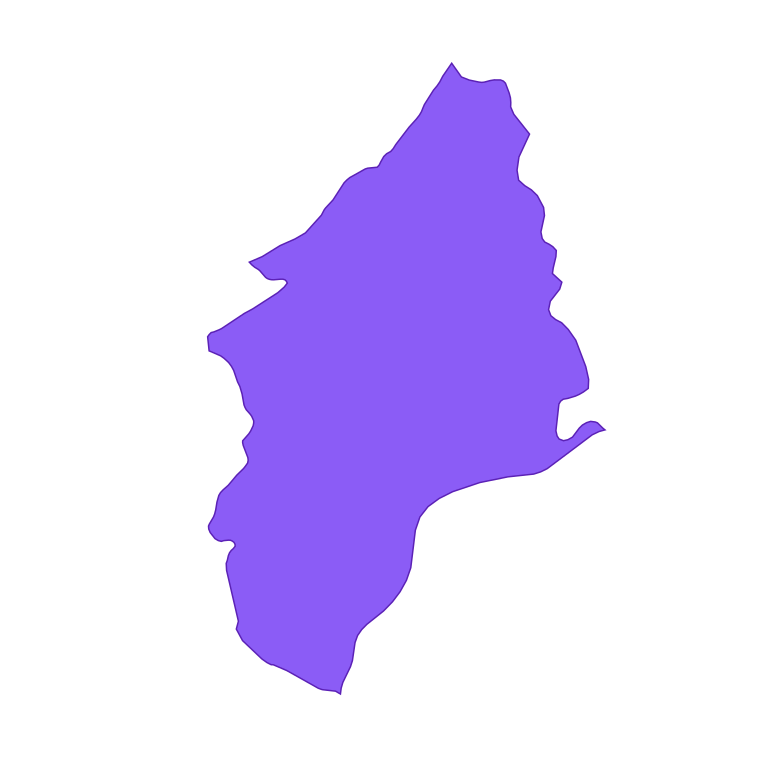 map outline of Mukdahan (Robinson projection), rotated 66°
{"feature_id": "THA-473", "entity_name": "Mukdahan", "entity_type": "Province", "adm_level": 1, "iso_a3": "THA", "parent_name": "Thailand", "parent_adm1": "", "projection": "robinson", "projection_center": [104.5, 16.543], "detail": "fine", "context": "isolated", "style": "filled", "palette": "violet", "viewbox_px": 768, "rotation_deg": 66, "n_neighbors": 0, "source": "natural_earth", "source_scale": "10m", "svg_char_len": 2822}
<svg xmlns="http://www.w3.org/2000/svg" viewBox="0 0 768 768"><g transform="rotate(66 384 384)"><path d="M515.8,200.8L514.9,206.8L515.1,214.4L527.7,269.3L528.0,276.6L527.2,283.8L519.2,308.6L513.0,336.5L510.3,365.0L511.0,380.1L513.9,393.6L520.1,405.3L530.3,414.8L562.8,434.3L572.5,443.4L580.3,453.8L586.4,464.8L591.2,476.8L596.6,497.5L599.3,504.3L603.0,510.4L608.4,515.6L623.9,525.4L628.6,529.6L639.9,543.0L644.4,546.8L649.5,549.9L644.9,553.2L638.3,564.4L637.6,565.3L635.2,567.8L606.2,589.4L595.4,599.4L594.5,601.3L590.9,604.2L585.5,607.4L560.9,617.6L547.8,618.6L541.5,613.5L490.2,603.6L483.7,601.1L481.4,598.9L477.5,596.0L475.3,593.7L473.9,591.2L473.1,588.7L471.7,586.0L469.9,585.3L467.7,585.4L465.9,586.4L464.3,587.8L463.4,589.6L461.9,594.1L461.6,596.6L459.6,599.1L456.5,601.3L449.0,603.2L445.2,603.1L442.4,602.1L440.9,600.5L436.1,593.8L433.8,591.5L430.5,588.9L423.9,584.6L418.6,580.2L416.7,577.5L415.2,573.9L413.2,567.5L407.4,555.6L404.1,546.7L402.8,544.2L400.7,540.7L398.4,539.1L395.9,538.3L382.9,537.6L380.1,537.0L378.4,536.2L374.5,527.7L372.6,524.8L368.9,520.5L366.6,518.9L364.6,518.0L359.8,518.0L357.6,518.4L351.5,520.3L348.9,520.5L346.2,520.4L335.3,517.7L327.7,516.7L322.4,516.9L310.5,515.8L305.7,516.2L301.2,517.2L295.4,519.7L291.8,521.8L282.6,530.3L269.1,525.9L267.8,523.7L266.7,521.0L267.2,518.4L267.4,512.7L267.3,509.9L262.7,482.8L262.0,473.6L257.4,443.9L254.9,435.8L252.5,431.3L250.4,431.4L248.5,432.1L247.1,433.8L246.2,435.8L243.9,442.5L242.9,444.5L241.7,446.2L240.2,447.7L238.4,448.8L229.9,451.4L228.1,452.3L224.8,454.6L221.4,456.3L217.9,457.5L218.1,443.5L215.3,422.7L215.3,406.4L214.0,394.3L204.3,372.5L200.5,367.7L199.4,365.7L195.1,355.7L183.9,338.5L182.4,334.6L181.5,331.2L179.9,313.7L180.2,311.1L183.2,302.0L182.0,299.3L179.8,296.7L176.1,291.7L174.7,287.9L174.3,283.3L172.7,279.8L170.0,275.8L159.5,256.5L155.2,246.8L152.8,242.3L150.6,239.2L149.2,237.7L147.9,236.4L145.1,233.4L135.7,219.3L133.2,214.2L130.6,210.0L126.7,205.1L118.5,191.7L135.0,188.4L141.0,182.5L146.7,174.6L148.2,172.1L149.0,169.7L150.0,163.5L151.0,159.7L153.6,153.9L155.9,151.7L158.6,150.7L169.0,151.3L174.0,152.1L178.5,153.7L182.4,155.6L190.4,155.7L214.9,149.4L231.5,168.4L242.8,175.5L252.6,178.1L260.0,174.8L266.6,170.4L274.3,167.3L287.6,166.4L295.4,168.9L308.9,178.8L315.5,180.3L319.7,179.4L323.5,176.3L327.3,173.9L332.1,172.3L337.5,175.1L346.8,182.2L351.6,185.2L363.3,180.1L368.8,184.9L376.0,198.4L383.0,203.4L389.5,203.8L395.0,201.0L400.3,196.8L409.1,193.5L422.0,191.0L450.2,192.6L463.1,195.2L471.1,199.2L472.4,205.1L472.9,209.9L472.9,214.1L471.9,222.0L470.8,226.4L471.5,229.6L473.5,232.4L496.7,246.0L501.9,247.0L505.5,246.4L508.8,243.1L509.7,238.7L509.2,233.4L503.7,223.5L502.2,219.4L501.7,214.7L502.2,210.4L504.6,206.5L506.3,204.8L513.2,202.1L515.6,200.9L515.8,200.8Z" fill="#8b5cf6" stroke="#5b21b6" stroke-width="1.5"/></g></svg>